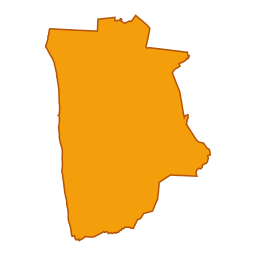 Liepupes pag., Salacgrivas, Latvia
{"feature_id": "27541924B57299636563148", "entity_name": "Liepupes pag.", "entity_type": "district", "adm_level": 2, "iso_a3": "LVA", "parent_name": "Latvia", "parent_adm1": "Salacgrivas", "projection": "albers", "projection_center": [24.439, 57.482], "detail": "fine", "context": "isolated", "style": "filled", "palette": "amber", "viewbox_px": 256, "rotation_deg": 0, "n_neighbors": 0, "source": "geoboundaries", "source_scale": "gbopen_adm2", "svg_char_len": 5414}
<svg xmlns="http://www.w3.org/2000/svg" viewBox="0 0 256 256"><path d="M49.8,28.8L49.7,29.2L49.5,29.4L49.3,29.9L49.2,30.6L49.1,30.8L49.2,31.3L49.0,32.1L48.9,32.4L48.9,33.2L48.7,33.4L48.8,33.7L48.9,33.8L48.6,34.7L48.5,35.4L48.3,35.8L48.0,36.1L48.0,36.4L47.9,36.7L48.0,36.9L47.9,37.6L48.0,38.3L47.8,39.2L47.8,39.5L47.7,39.8L47.4,40.4L47.4,40.8L47.2,41.1L47.2,41.4L47.1,41.6L46.9,42.6L46.7,43.1L46.5,43.7L46.0,45.1L46.0,45.4L46.0,45.7L45.8,45.8L45.7,46.2L45.7,46.6L45.8,47.1L46.0,47.4L46.3,47.6L46.5,47.9L46.7,48.2L47.6,49.8L48.2,51.0L48.8,52.3L50.1,54.5L50.6,55.6L51.4,56.7L52.3,58.3L52.6,58.6L52.7,59.2L53.3,60.5L53.4,60.9L54.0,62.2L54.2,62.8L54.4,63.3L54.4,63.9L54.4,64.3L54.9,65.7L55.1,66.8L55.3,67.4L55.5,68.4L55.6,68.8L55.9,70.7L56.1,71.0L56.1,71.3L56.6,72.9L56.6,73.5L56.6,74.2L56.8,75.8L56.8,76.1L56.8,76.4L56.9,76.8L56.9,77.3L57.2,78.4L57.5,79.2L57.5,79.6L57.6,80.0L57.5,81.3L57.5,81.6L57.6,81.9L58.0,82.9L58.2,84.1L58.3,84.6L58.4,86.1L58.6,87.4L58.6,88.2L58.7,88.8L58.8,90.4L58.9,90.7L59.0,92.7L59.1,94.0L59.0,94.3L59.0,95.3L59.1,95.7L59.0,96.3L59.1,97.1L59.1,97.4L59.1,98.3L59.2,99.2L59.2,99.3L59.2,100.0L59.1,101.0L59.2,101.9L59.1,102.3L59.2,102.6L59.2,103.1L59.3,103.2L59.4,103.7L59.6,105.7L59.6,108.8L59.6,109.7L59.5,111.5L59.5,111.8L59.4,112.1L59.2,112.3L59.3,112.9L59.4,113.1L59.4,113.3L59.7,113.5L58.8,115.3L57.4,115.3L58.8,115.4L59.1,116.5L59.3,117.4L59.4,118.2L59.4,118.5L59.3,119.5L59.4,120.2L59.3,120.5L59.3,122.7L59.1,124.4L58.9,125.6L58.7,126.5L58.6,127.0L58.7,127.6L58.6,127.9L58.6,128.1L58.7,128.4L58.9,129.1L58.9,129.3L59.0,129.4L59.0,129.7L58.8,130.1L59.0,131.1L59.1,131.3L59.1,131.7L59.3,133.6L59.3,134.0L59.4,135.2L59.4,135.7L59.3,136.2L59.3,137.1L59.4,137.7L59.5,138.6L59.9,140.8L60.0,140.9L60.3,142.1L60.3,142.8L60.4,143.1L60.5,143.8L60.7,144.1L62.2,149.5L62.3,151.0L62.4,154.7L62.2,156.5L62.1,157.6L62.2,158.1L62.1,158.6L62.2,159.9L62.3,160.9L62.4,161.8L62.5,163.7L62.4,164.7L62.4,164.8L62.4,165.4L62.3,166.4L62.4,166.6L62.2,167.6L62.2,168.0L62.0,168.9L61.9,169.2L61.9,169.3L62.0,169.4L61.9,169.8L62.0,170.9L62.0,171.0L61.9,171.7L61.9,172.3L62.0,172.8L62.4,173.7L62.4,173.8L62.5,174.2L62.7,176.1L62.9,177.5L63.4,180.9L63.5,181.9L63.6,182.0L63.7,182.7L63.7,183.1L63.7,183.9L63.9,184.5L63.9,185.0L63.8,185.3L64.0,185.8L64.3,188.3L64.4,189.3L64.5,190.4L64.6,190.8L64.7,192.0L64.8,192.5L64.8,192.8L65.0,193.3L65.2,194.3L65.3,194.4L65.6,196.0L65.5,196.3L65.7,196.9L65.9,197.1L65.9,197.8L65.9,198.0L66.1,198.1L66.2,198.5L66.2,199.1L66.5,200.2L66.5,200.3L66.6,201.3L66.7,201.5L66.9,202.8L66.7,202.8L66.8,204.4L66.9,204.7L66.9,205.6L67.2,206.2L67.3,207.1L67.9,209.5L68.0,210.6L67.9,211.3L68.2,212.6L68.2,213.1L68.2,213.4L68.2,215.3L68.2,216.5L68.2,217.6L68.4,219.9L68.6,220.5L68.6,221.0L69.0,222.8L69.2,223.0L69.5,223.7L69.9,225.0L70.1,226.2L70.4,226.6L70.5,227.6L70.8,229.1L71.0,230.0L71.0,230.7L71.2,232.2L71.3,232.9L71.4,233.5L71.6,234.8L71.7,235.3L71.9,235.6L71.9,235.9L72.5,235.9L72.5,236.3L74.6,235.9L74.9,238.2L76.4,240.0L78.7,239.1L78.9,240.5L79.1,240.6L79.2,240.3L79.3,240.4L80.4,239.9L80.5,239.9L80.9,239.7L81.1,239.5L81.4,239.4L81.5,239.3L81.7,239.1L81.9,239.0L82.1,238.9L82.4,238.9L82.5,238.7L84.8,237.1L84.8,236.6L90.8,237.1L92.7,236.9L94.2,236.8L96.0,235.8L101.3,233.1L102.2,232.5L103.6,231.7L103.9,232.1L104.2,232.2L105.1,232.3L105.4,232.2L105.5,232.0L105.9,231.6L106.7,231.7L107.5,232.4L107.7,232.7L108.3,233.4L108.6,233.6L110.1,232.7L111.3,233.0L111.4,233.4L111.9,233.5L112.7,233.4L113.2,233.2L113.3,233.0L113.5,232.9L114.0,232.7L114.4,232.7L114.6,232.7L114.8,232.8L115.0,232.6L115.3,232.8L115.4,233.0L115.5,233.1L115.8,232.9L116.0,233.0L116.2,232.7L116.7,232.5L118.5,232.3L119.8,230.5L120.3,230.4L121.2,230.4L121.5,229.4L122.3,228.5L122.9,228.8L123.1,228.8L123.8,228.4L124.3,228.3L124.9,227.1L130.4,227.4L130.6,228.1L133.3,228.5L137.4,219.8L140.7,218.4L142.1,216.1L143.6,213.5L152.5,211.1L154.5,206.4L154.6,205.8L157.1,200.1L157.5,199.6L158.0,194.8L158.3,193.2L159.0,185.1L159.2,182.4L170.5,175.0L172.6,175.1L179.2,175.5L179.2,175.4L179.4,175.4L196.9,176.2L195.9,172.5L196.8,170.1L198.5,168.6L198.8,168.2L200.7,168.9L201.1,168.4L202.2,167.2L202.3,165.6L202.5,165.0L202.9,165.0L203.2,164.5L203.7,164.3L204.3,164.0L205.8,163.5L206.5,163.1L206.9,162.5L207.3,161.9L208.4,157.9L207.5,155.7L210.3,154.9L209.9,151.7L209.5,150.2L209.3,149.5L206.9,148.0L204.8,145.1L203.5,143.1L198.6,142.0L196.1,139.5L190.0,130.0L188.0,126.8L187.6,126.0L187.0,124.8L186.2,124.6L186.3,124.1L186.5,123.8L187.1,121.0L186.8,120.1L187.8,118.7L188.1,117.7L188.0,115.2L187.9,114.7L184.9,115.9L184.2,117.5L183.7,115.0L179.7,91.5L176.3,83.3L174.4,78.1L174.2,77.9L172.3,72.8L172.5,72.5L173.8,70.6L174.3,69.8L175.5,68.7L177.1,68.0L180.0,66.2L179.0,63.7L184.0,61.5L186.5,59.5L186.7,58.4L187.7,58.8L188.2,58.3L188.3,57.3L189.0,56.9L188.8,56.5L188.7,56.0L188.9,55.9L189.2,56.0L189.3,55.8L189.0,55.6L188.7,55.7L188.1,55.6L188.0,55.3L187.8,55.1L187.6,54.2L187.4,53.4L187.5,53.1L187.6,52.9L187.4,52.2L187.2,52.3L183.5,51.9L181.6,51.5L178.6,51.2L153.7,48.2L149.1,47.7L146.9,48.1L146.2,47.4L146.0,47.1L147.0,42.5L148.4,35.7L148.9,33.4L149.2,31.4L149.5,30.1L149.8,28.4L147.9,26.0L145.3,23.5L135.7,15.4L131.2,21.5L129.5,21.0L125.5,22.8L125.5,23.1L125.4,23.4L121.4,21.6L121.7,19.6L121.2,18.7L120.4,18.6L119.9,19.7L120.2,20.2L120.2,20.3L116.8,20.4L116.6,20.9L114.9,20.4L114.8,18.5L114.8,17.9L115.0,17.4L98.4,19.2L98.0,19.1L97.4,31.1L78.5,30.3L50.2,28.8L49.8,28.8Z" fill="#f59e0b" stroke="#b45309" stroke-width="1.5"/></svg>